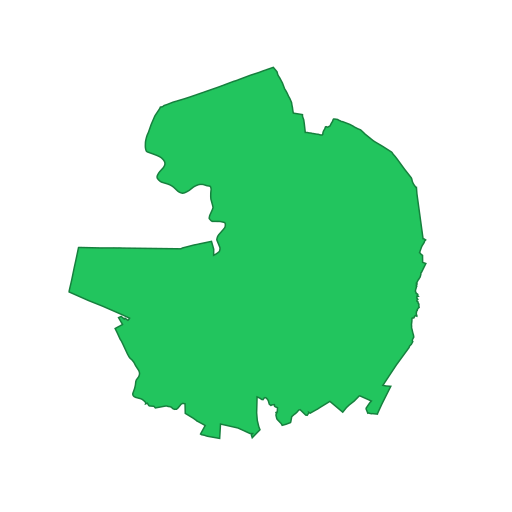 outline of Liteni, Suceava, Romania, rotated 195°
{"feature_id": "2599482B47011516747302", "entity_name": "Liteni", "entity_type": "district", "adm_level": 2, "iso_a3": "ROU", "parent_name": "Romania", "parent_adm1": "Suceava", "projection": "mercator", "projection_center": [26.537, 47.51], "detail": "fine", "context": "isolated", "style": "filled", "palette": "green", "viewbox_px": 512, "rotation_deg": 195, "n_neighbors": 0, "source": "geoboundaries", "source_scale": "gbopen_adm2", "svg_char_len": 5974}
<svg xmlns="http://www.w3.org/2000/svg" viewBox="0 0 512 512"><g transform="rotate(195 256 256)"><path d="M118.8,363.8L119.2,363.6L120.5,364.6L122.1,365.9L123.5,367.4L124.3,368.5L125.6,370.9L126.1,371.5L126.5,371.9L134.9,378.2L144.8,386.2L147.3,388.1L150.0,389.9L151.2,391.0L152.0,391.5L162.1,394.7L170.1,396.9L172.6,397.7L182.9,402.3L183.4,402.7L187.6,404.9L190.8,405.3L193.0,405.8L194.2,406.0L195.5,406.5L199.4,407.4L207.1,408.2L208.5,408.0L209.7,408.4L211.6,408.6L212.0,408.9L212.5,409.0L215.2,408.7L216.5,408.4L216.7,408.1L216.8,407.6L216.9,405.9L217.7,403.3L218.1,400.9L218.4,400.6L220.2,398.9L221.6,399.1L222.3,398.7L222.4,398.1L222.4,396.8L222.6,396.1L223.2,393.9L223.2,392.1L223.0,390.7L223.3,390.1L223.9,389.9L225.1,389.6L227.4,389.7L228.8,389.4L232.6,389.1L233.5,388.9L234.6,389.0L236.8,388.6L238.3,388.6L240.4,388.1L243.6,396.3L245.2,400.0L246.9,402.4L247.5,403.7L247.6,404.5L247.8,404.6L256.7,403.7L257.0,403.8L258.2,406.3L259.2,408.8L260.4,411.2L261.4,413.5L264.1,416.9L265.9,418.7L268.1,421.4L270.3,423.7L271.5,424.7L275.2,429.9L279.4,434.4L280.6,435.4L281.9,436.8L283.4,439.4L288.1,442.7L296.7,436.9L300.7,434.0L308.0,429.3L321.8,419.4L322.1,419.4L336.2,409.3L351.5,398.9L360.8,392.6L366.2,389.1L376.0,383.1L381.1,379.3L383.7,377.6L384.8,376.1L385.9,375.5L386.9,375.1L387.2,373.3L389.7,365.9L390.0,364.7L391.3,355.8L391.9,347.7L392.4,344.6L392.5,342.9L392.5,341.3L392.4,338.5L392.2,337.1L391.4,333.7L391.0,332.4L390.3,330.8L389.5,329.5L389.0,328.9L388.4,328.6L387.6,328.4L381.6,327.9L377.8,327.5L374.9,327.0L373.6,326.6L372.7,326.3L370.3,324.9L369.4,324.1L368.8,323.5L368.2,322.6L367.9,321.8L367.7,320.7L367.8,319.4L368.1,318.2L368.4,317.3L370.8,312.6L371.5,310.8L372.1,308.3L372.1,307.7L372.1,307.1L372.0,306.6L371.4,305.5L369.8,304.3L367.6,303.2L366.1,302.9L359.9,302.7L357.3,302.4L355.1,301.8L353.3,301.1L348.3,298.4L346.9,297.9L345.8,297.7L344.6,297.6L343.2,297.6L341.4,298.5L339.5,300.1L337.5,302.1L334.2,306.5L333.6,307.1L332.3,308.3L330.2,309.9L328.8,310.6L326.3,311.3L325.2,311.4L321.7,311.2L319.0,311.5L318.1,311.4L317.3,310.3L316.6,308.9L316.5,308.1L316.0,305.1L315.1,301.6L314.3,299.3L311.2,294.0L310.0,291.7L310.2,289.2L311.2,283.1L311.1,281.1L311.0,280.4L310.8,280.0L308.7,278.6L307.3,278.1L300.7,279.8L299.3,280.1L296.6,280.2L295.3,280.2L294.6,279.9L294.0,279.3L293.5,277.3L293.4,276.5L293.5,275.5L293.7,274.8L294.5,273.0L297.5,266.9L298.1,265.0L298.2,263.1L298.1,261.7L297.8,261.1L293.3,255.2L292.8,254.3L292.6,253.5L292.5,252.2L292.5,251.3L292.8,250.5L293.9,249.0L295.0,247.7L297.1,245.7L298.6,251.6L302.8,258.6L319.1,250.4L324.7,247.2L329.0,244.8L330.1,243.8L330.8,243.4L387.0,229.1L389.8,228.5L392.2,227.8L395.1,227.1L408.0,223.6L429.4,218.4L429.6,218.2L428.9,205.3L428.6,198.5L427.8,184.9L427.5,176.0L427.4,173.8L427.2,172.9L406.1,169.6L390.9,167.8L369.1,164.5L362.0,163.2L362.5,161.7L363.1,160.7L366.4,162.0L366.9,161.0L370.6,162.7L372.8,160.9L368.9,157.0L367.3,155.5L367.2,155.3L373.3,149.5L369.9,145.6L365.7,140.5L364.1,139.1L362.0,136.7L354.8,128.1L352.5,125.7L351.1,124.6L349.0,123.6L346.3,121.6L343.9,118.9L340.1,115.5L339.1,114.4L338.7,113.8L338.1,112.5L337.9,111.2L337.9,110.4L338.1,108.9L339.5,105.3L339.6,103.6L339.1,100.2L339.0,97.8L339.0,96.2L339.4,91.3L339.1,90.2L338.5,89.4L337.4,88.7L335.8,88.3L330.6,88.3L329.6,88.2L328.7,88.0L326.2,86.9L325.1,86.2L324.5,85.5L324.4,85.1L324.4,84.6L322.9,85.7L320.8,83.8L320.1,83.6L315.8,84.4L315.2,84.1L313.9,83.2L304.7,87.6L303.5,88.0L302.0,87.9L300.0,88.2L298.5,88.0L297.0,87.1L295.2,86.8L293.1,87.4L292.0,89.0L290.0,93.5L288.6,94.7L286.3,94.9L283.6,85.7L274.7,83.1L270.7,81.6L270.2,81.2L269.6,81.2L264.5,80.0L261.2,79.1L263.5,69.7L262.4,69.3L259.3,69.5L258.2,69.4L256.4,69.3L243.9,70.4L246.8,84.5L228.9,85.2L215.9,83.0L213.4,83.6L214.2,82.0L212.6,79.5L207.2,89.2L209.1,91.8L212.2,97.5L214.8,104.7L218.5,120.2L215.5,119.7L213.3,118.9L212.0,119.1L211.5,120.7L210.8,121.5L209.7,121.6L208.5,121.0L206.8,119.6L204.8,116.3L202.9,115.5L202.2,116.3L199.8,117.2L199.2,115.7L198.2,115.3L196.0,115.1L195.1,110.9L196.1,110.2L196.2,109.8L195.8,109.6L195.4,109.5L195.6,108.2L195.5,107.4L195.1,106.6L193.9,104.4L193.3,103.7L188.2,100.6L186.9,99.2L183.5,101.2L179.6,104.0L179.5,104.3L179.5,104.9L179.9,110.1L177.8,113.3L177.2,113.8L175.7,116.3L175.0,118.0L174.6,118.4L173.6,119.0L166.8,115.2L165.3,115.4L164.5,117.8L164.5,118.3L164.7,118.7L163.0,118.2L157.7,123.4L157.1,123.9L154.8,126.5L147.0,134.7L131.8,127.6L129.4,133.0L127.3,136.4L123.6,141.3L120.1,147.5L119.5,147.8L107.0,145.8L107.3,145.1L107.7,144.6L108.5,142.6L110.2,137.7L110.1,136.8L107.3,133.1L106.9,133.4L106.5,133.5L106.1,133.4L103.7,133.5L102.7,133.9L97.8,134.7L97.8,135.6L96.1,145.6L92.1,165.0L96.7,164.1L100.0,163.9L92.2,187.2L84.5,207.1L84.3,208.9L83.1,210.9L82.4,213.9L82.9,214.3L83.1,214.7L83.2,215.5L83.2,216.1L82.6,218.5L83.4,220.3L84.5,222.1L85.2,223.4L86.2,225.3L87.1,226.8L87.5,228.4L88.1,230.1L88.5,233.0L89.2,236.2L89.1,236.4L88.4,236.8L88.0,236.8L87.4,237.2L87.3,238.4L87.0,239.2L86.8,239.4L86.6,239.6L86.2,239.6L85.1,239.5L85.3,240.3L86.1,241.2L86.2,241.8L86.5,242.6L86.4,243.2L86.7,244.1L86.5,244.5L86.2,244.9L86.1,245.1L86.4,245.7L85.8,247.6L85.6,247.9L85.1,248.6L85.1,248.8L85.5,249.2L85.9,250.0L85.9,250.5L86.2,251.7L86.4,251.9L86.9,252.1L87.2,252.5L87.6,253.5L87.8,253.7L88.8,253.9L89.0,254.1L89.1,254.3L89.0,255.1L88.9,255.4L88.4,255.9L88.4,256.0L89.2,256.5L89.9,257.1L89.8,257.7L90.1,258.6L89.9,258.8L88.9,259.1L90.0,259.9L89.7,260.5L89.8,260.8L90.6,261.2L91.6,261.3L91.8,261.6L92.0,262.2L92.6,262.8L93.0,263.3L93.0,264.0L93.1,265.0L93.0,267.2L93.2,267.9L92.9,268.5L93.6,269.0L93.7,269.5L93.2,270.0L93.3,270.9L94.1,271.2L94.1,271.5L93.7,271.8L93.7,272.0L93.6,272.8L93.1,275.0L92.9,275.3L92.9,275.7L92.6,276.0L92.5,276.7L92.0,278.2L92.0,280.2L92.0,280.9L92.3,282.0L92.3,282.3L91.9,283.1L90.0,292.7L93.4,293.0L95.3,299.7L97.2,300.5L98.6,301.6L98.9,301.6L98.5,307.0L98.2,308.9L97.1,312.4L97.0,314.2L96.3,315.4L98.1,316.0L99.1,315.9L116.7,357.8L118.8,363.8Z" fill="#22c55e" stroke="#15803d" stroke-width="1.5"/></g></svg>